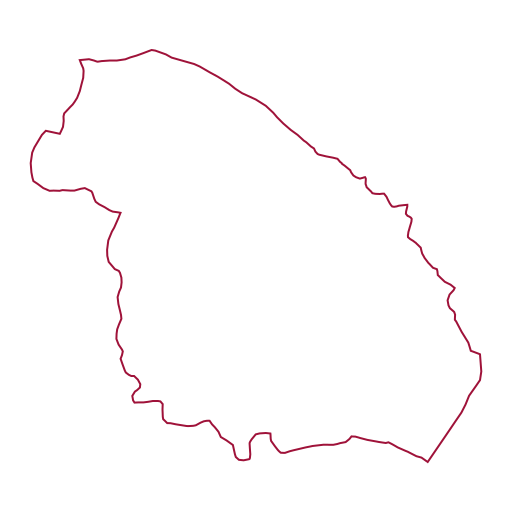 Bois D'Inde, Anse-la-Raye, Saint Lucia
{"feature_id": "8701671B8158625953395", "entity_name": "Bois D'Inde", "entity_type": "district", "adm_level": 2, "iso_a3": "LCA", "parent_name": "Saint Lucia", "parent_adm1": "Anse-la-Raye", "projection": "orthographic", "projection_center": [-61.009, 13.942], "detail": "fine", "context": "isolated", "style": "outline", "palette": "rose", "viewbox_px": 512, "rotation_deg": 0, "n_neighbors": 0, "source": "geoboundaries", "source_scale": "gbopen_adm2", "svg_char_len": 4225}
<svg xmlns="http://www.w3.org/2000/svg" viewBox="0 0 512 512"><path d="M163.2,419.2L164.9,420.8L167.2,423.1L170.5,423.2L175.8,424.3L186.5,426.0L188.3,426.1L193.3,425.8L195.8,425.3L200.5,422.7L203.8,421.3L206.6,420.8L209.0,420.7L209.6,420.8L212.0,424.3L214.8,427.2L218.5,431.8L220.8,437.0L226.5,440.4L232.9,445.0L234.9,454.1L235.8,457.0L238.9,459.8L243.6,460.3L249.1,459.2L249.5,459.0L249.9,458.0L250.3,454.3L249.9,448.6L249.6,443.6L249.7,442.7L250.2,441.6L251.6,439.4L255.7,434.4L256.8,434.1L259.7,433.4L265.8,433.0L270.4,433.5L270.5,434.4L270.7,438.8L271.1,440.9L274.9,446.2L277.7,449.8L278.6,450.8L279.1,451.3L280.7,452.7L281.8,452.8L284.9,452.9L289.0,451.5L289.9,451.2L293.4,450.3L305.7,447.4L310.7,446.4L312.5,446.0L323.7,444.7L330.6,444.8L333.3,444.8L337.3,444.0L340.2,443.1L340.8,443.0L345.6,442.1L348.6,439.7L349.6,438.8L351.5,436.4L352.7,436.5L355.3,436.6L358.5,437.5L360.1,438.0L367.4,439.9L376.4,441.5L378.4,441.9L383.0,442.6L385.8,443.0L388.4,442.3L391.2,443.7L392.7,444.5L395.5,446.1L397.7,447.4L405.4,450.8L407.9,451.8L409.0,452.4L416.4,456.2L421.5,457.6L427.7,462.0L445.4,436.1L455.5,421.2L461.4,412.6L465.5,404.6L469.1,395.7L476.1,385.8L480.0,380.1L481.3,371.5L480.0,354.3L478.6,353.7L475.4,352.5L473.3,351.7L470.8,350.8L469.5,346.4L468.3,342.6L461.6,331.8L458.4,325.7L456.2,321.5L454.9,319.8L454.9,318.6L455.1,314.7L454.2,312.0L453.5,311.3L449.9,308.2L448.5,305.4L448.0,302.6L447.6,300.3L448.2,298.5L449.6,294.5L453.5,290.3L453.8,289.8L454.7,288.0L450.6,284.7L444.8,281.8L440.6,277.8L438.9,276.1L437.8,275.1L437.4,271.2L436.9,269.2L433.0,267.8L430.4,265.0L429.3,263.8L428.5,263.1L425.4,259.0L424.5,257.8L423.9,256.6L422.2,253.6L421.3,250.3L420.7,247.6L419.8,246.8L419.0,246.0L418.5,245.5L417.9,244.9L416.2,243.3L415.7,242.7L415.0,242.3L413.2,240.9L410.1,239.0L408.0,237.2L407.9,235.4L408.1,234.3L408.4,232.0L409.2,229.3L409.9,226.8L410.9,223.5L411.4,221.7L411.7,218.9L411.2,218.1L410.9,217.7L410.5,217.4L409.3,216.6L408.6,216.3L407.5,215.8L405.9,213.8L406.1,211.4L407.3,206.5L407.3,204.8L403.3,205.2L398.9,205.7L396.7,206.4L394.1,206.8L392.2,206.5L391.1,205.3L389.8,203.4L387.7,199.4L387.5,198.9L386.5,196.8L384.1,193.7L382.9,193.7L382.4,193.7L381.3,193.8L379.7,194.0L375.2,193.8L372.4,193.2L370.8,191.2L370.3,190.8L368.0,188.5L366.7,187.3L366.0,185.1L365.6,184.0L365.6,182.8L365.7,181.2L365.8,180.0L365.8,178.6L365.1,177.2L364.4,177.3L363.7,177.5L362.9,177.8L360.6,178.4L359.9,178.6L357.9,177.9L356.8,177.5L356.0,177.2L353.4,175.5L351.6,173.0L351.0,172.1L350.2,170.2L347.6,168.1L344.7,165.7L342.0,163.8L341.6,163.0L340.1,161.9L337.5,158.8L333.1,157.7L326.3,156.4L319.2,154.7L317.6,154.0L315.4,151.6L314.0,148.5L310.8,146.4L309.4,145.1L306.3,142.3L305.0,141.4L303.8,140.6L297.6,134.9L290.7,129.9L283.3,123.5L277.0,117.2L273.3,112.8L265.8,105.8L255.8,99.5L242.1,93.2L235.2,88.7L229.0,83.7L217.8,76.7L209.7,72.3L199.7,66.5L194.1,64.0L182.8,60.8L171.6,57.6L165.9,54.4L155.3,50.6L151.6,50.0L148.4,51.2L143.4,53.1L136.5,55.6L130.3,57.4L125.3,59.3L117.1,60.5L110.3,60.5L101.5,61.1L97.7,61.7L96.7,61.5L93.9,60.5L89.0,59.2L79.8,60.1L81.2,63.8L83.2,68.3L83.6,70.9L83.2,77.9L81.4,84.7L79.8,91.1L77.1,97.9L74.7,101.7L72.7,104.5L70.1,107.1L64.2,113.4L63.5,116.4L63.7,121.0L63.0,126.9L61.2,130.9L59.8,133.8L46.3,130.9L45.8,130.8L41.9,134.9L34.4,147.4L32.2,152.6L30.7,163.1L31.4,172.3L32.4,177.6L33.4,181.1L37.5,183.8L43.3,188.1L49.6,190.8L53.5,190.6L59.6,190.8L62.5,190.1L70.5,190.6L74.4,190.6L80.7,188.8L84.8,188.1L91.4,191.3L92.3,192.8L94.3,198.8L95.7,201.8L99.1,204.3L104.5,207.1L109.3,210.1L112.7,211.6L117.8,212.3L120.5,212.8L118.3,218.3L114.2,227.6L111.9,231.6L108.3,240.4L107.1,249.8L107.3,255.9L108.7,261.9L112.7,266.6L114.8,269.1L118.8,270.9L120.0,272.9L121.4,277.7L121.6,282.4L121.0,287.5L119.2,291.6L117.6,297.1L118.4,304.1L120.0,310.6L121.0,314.9L121.4,318.8L119.0,324.4L117.2,329.3L116.6,333.6L116.4,338.9L118.6,344.6L122.0,349.6L122.8,351.4L122.0,355.1L120.6,358.8L122.6,364.5L124.8,370.5L125.8,372.5L128.8,374.8L131.3,376.0L134.1,376.0L137.9,379.7L140.3,384.2L139.9,387.5L137.1,390.1L134.9,391.6L132.3,395.9L133.1,400.4L134.5,402.6L138.3,402.4L143.5,402.4L148.2,401.8L152.8,401.0L158.0,401.0L160.4,401.4L162.7,404.1L162.5,409.4L162.8,416.9L163.2,419.2Z" fill="none" stroke="#9f1239" stroke-width="2"/></svg>